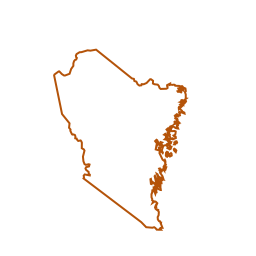 the State of Maine, rotated 310°
{"feature_id": "USA-3561", "entity_name": "Maine", "entity_type": "State", "adm_level": 1, "iso_a3": "USA", "parent_name": "United States of America", "parent_adm1": "", "projection": "natural_earth1", "projection_center": [-68.954, 45.272], "detail": "fine", "context": "isolated", "style": "outline", "palette": "amber", "viewbox_px": 256, "rotation_deg": 310, "n_neighbors": 0, "source": "natural_earth", "source_scale": "10m", "svg_char_len": 6036}
<svg xmlns="http://www.w3.org/2000/svg" viewBox="0 0 256 256"><g transform="rotate(310 128 128)"><path d="M60.8,126.3L61.8,126.1L63.0,124.7L64.6,124.7L67.1,129.2L67.7,128.8L67.8,127.2L69.0,126.1L69.0,122.7L69.7,121.4L71.1,121.1L73.5,122.8L75.3,122.0L75.0,121.2L72.7,119.4L72.4,117.9L73.9,115.2L77.1,111.9L82.7,109.2L83.2,107.9L82.8,105.6L87.1,102.1L87.8,100.7L88.0,99.7L86.1,98.2L86.4,96.1L86.9,95.5L86.2,94.2L87.8,93.1L88.5,91.7L87.8,90.0L87.2,89.6L87.3,88.8L88.8,85.6L89.9,84.9L90.3,82.7L94.0,80.2L96.3,68.5L120.8,37.6L121.8,37.3L126.7,38.5L127.2,39.0L126.8,42.7L127.1,45.2L127.7,46.0L132.0,48.4L136.7,46.5L140.5,46.2L142.4,44.6L144.5,43.7L146.2,43.7L147.2,44.3L148.8,43.8L148.9,42.8L150.0,41.5L151.6,41.1L154.9,42.2L156.2,43.6L161.5,47.1L163.1,49.5L167.5,53.2L168.5,99.2L169.4,100.9L168.1,102.7L168.9,104.6L167.7,107.2L167.8,109.4L169.3,110.8L170.4,110.3L171.6,111.9L174.4,113.3L179.5,113.6L180.1,114.2L180.3,116.8L178.1,118.5L178.5,120.1L180.3,122.9L180.1,124.4L179.0,126.4L178.9,127.9L182.7,132.1L183.9,132.6L185.0,131.9L185.3,130.9L186.0,130.4L188.6,131.5L187.5,131.9L187.7,132.4L188.7,132.5L189.4,134.1L190.7,135.3L191.1,136.1L190.7,136.7L191.0,137.4L193.1,140.1L192.4,141.8L191.7,142.0L190.6,141.1L190.2,142.0L190.7,142.5L190.4,143.3L189.9,143.5L188.0,142.3L187.8,142.9L189.1,144.5L189.6,146.6L189.8,144.6L191.2,145.2L190.9,144.9L191.4,144.6L190.9,143.8L191.5,143.6L192.3,146.3L193.0,145.8L192.5,143.2L194.0,144.9L194.7,144.9L195.2,146.6L193.4,148.6L192.1,148.6L190.8,150.7L187.8,153.2L188.1,153.7L185.9,153.2L186.0,154.3L185.3,154.2L183.8,153.2L184.3,152.1L184.2,151.4L183.6,151.0L182.7,151.4L183.1,151.7L182.7,152.0L181.5,151.4L182.3,153.2L182.0,154.0L182.5,154.4L181.1,155.7L180.3,153.1L179.5,152.9L179.7,154.7L180.2,155.2L179.6,155.4L177.9,155.2L177.9,154.2L177.0,154.6L176.8,153.6L176.3,153.7L175.1,154.9L176.0,155.1L175.9,158.1L174.8,158.5L173.6,158.4L173.4,157.0L172.9,156.9L171.1,159.7L170.7,159.6L169.9,158.1L170.1,155.7L168.8,158.6L168.3,158.0L168.9,155.5L168.1,156.6L167.4,156.2L166.8,157.6L165.8,158.0L166.7,159.8L166.2,160.6L165.4,160.3L165.0,164.0L164.3,163.4L164.3,162.3L165.0,160.3L164.1,161.0L163.8,163.5L163.0,162.7L162.8,159.7L162.5,159.7L162.1,161.1L160.8,161.0L162.3,162.0L162.6,164.1L162.3,164.5L161.3,164.1L159.8,166.8L159.3,166.0L159.6,164.8L158.9,165.1L158.6,164.5L158.1,160.5L156.8,159.7L156.4,160.6L156.6,161.3L155.8,161.4L155.1,158.7L154.5,161.1L153.4,160.0L153.3,158.8L151.6,158.5L151.4,159.3L152.9,160.3L152.4,161.1L152.8,161.7L150.1,161.1L149.1,162.8L149.2,163.4L148.3,163.7L147.8,163.1L147.6,160.3L146.1,160.0L147.0,163.1L146.5,164.3L146.1,164.4L145.8,162.5L144.5,163.6L142.9,163.4L143.9,165.3L143.5,167.8L144.5,168.2L144.7,168.8L144.3,169.4L143.8,169.1L144.9,170.2L144.0,170.6L141.0,168.2L139.3,168.2L137.7,166.8L136.9,166.6L134.8,167.4L135.4,165.1L135.8,164.8L136.7,165.4L137.0,164.8L136.6,164.0L137.4,163.3L138.8,163.5L138.2,162.0L136.6,162.8L135.6,164.2L135.0,163.8L137.4,158.2L137.3,157.4L135.4,157.2L134.6,160.6L135.3,160.8L134.0,161.6L133.6,161.5L133.9,160.8L133.4,160.7L129.4,163.0L131.0,166.7L130.7,167.3L129.0,168.2L126.0,174.8L126.1,176.9L127.2,176.8L126.8,177.7L125.9,178.7L125.0,178.8L124.3,180.5L123.3,180.2L123.1,180.8L122.6,180.8L122.2,181.7L122.6,182.5L120.3,183.4L120.4,182.4L121.7,180.1L121.1,180.2L118.7,182.9L119.0,181.3L116.8,181.6L117.5,180.2L116.8,179.8L117.5,178.4L116.9,178.0L116.5,179.0L115.7,179.4L115.9,180.4L114.4,181.3L113.2,185.5L112.0,187.4L111.1,184.8L110.9,187.4L110.2,186.0L110.7,183.8L110.3,182.9L111.5,180.3L111.4,179.6L109.6,182.6L109.3,185.3L110.0,187.2L109.4,188.5L109.3,186.8L108.4,187.2L106.9,185.8L107.6,184.8L107.6,183.6L108.4,183.9L107.3,182.4L108.7,179.4L108.2,179.4L103.9,185.2L104.8,185.9L104.4,188.2L105.1,187.0L105.7,187.1L104.9,189.8L104.0,190.5L102.4,181.2L102.5,179.9L103.7,178.3L103.2,178.1L99.9,181.5L100.2,182.2L101.6,181.6L101.9,182.1L103.2,190.3L102.9,191.6L101.6,193.0L101.3,192.6L100.7,190.0L101.2,188.1L100.5,186.9L100.7,186.1L100.0,185.9L99.2,186.5L100.1,187.5L99.8,188.8L99.1,189.3L99.0,188.8L96.5,191.9L98.4,187.6L98.3,186.8L96.9,188.8L96.2,190.8L95.1,191.3L97.6,186.8L95.3,187.6L96.5,186.2L94.4,187.8L92.4,188.5L90.0,190.6L89.1,192.3L88.1,193.0L88.3,194.5L86.5,195.0L89.0,195.7L89.4,196.7L89.2,198.8L87.4,199.3L87.6,198.8L87.0,198.9L85.8,200.2L85.7,199.3L84.6,199.7L83.8,201.1L83.8,202.7L84.0,203.6L85.3,203.3L83.8,204.6L83.5,205.6L80.9,207.5L78.8,208.0L77.1,209.7L76.6,211.7L77.1,212.6L76.2,214.0L76.6,214.3L75.7,214.9L73.7,218.6L72.3,217.1L71.6,217.1L71.3,218.7L68.6,215.4L69.0,213.1L68.8,211.8L67.3,210.8L63.7,205.7L64.4,198.7L60.8,126.3ZM153.7,162.8L153.8,163.7L155.7,165.6L156.0,166.8L153.9,168.2L152.5,168.3L151.5,167.7L151.3,168.6L152.0,170.1L151.1,171.1L148.2,169.7L147.9,169.1L148.5,168.6L147.5,168.0L147.5,167.5L148.6,165.0L149.7,164.4L149.4,163.7L151.4,162.3L152.8,162.2L153.7,162.8ZM139.5,169.3L141.3,170.1L141.8,171.6L140.2,172.2L141.3,173.4L139.4,174.1L138.3,173.5L138.4,172.6L138.0,171.4L139.1,171.4L138.9,170.1L139.5,169.3ZM132.2,175.7L136.4,177.1L136.3,177.9L135.0,179.2L134.4,179.0L133.2,178.5L133.5,177.8L133.3,177.2L131.9,176.5L132.2,175.7ZM135.1,174.3L133.4,175.5L132.2,174.9L131.0,176.1L130.8,175.6L131.3,174.6L133.6,173.0L134.8,173.1L135.1,174.3ZM149.0,173.7L148.5,174.9L147.6,175.1L146.9,174.2L145.7,174.6L145.1,173.8L146.2,173.6L146.7,172.8L147.4,173.2L148.1,172.9L149.0,173.7ZM141.9,176.8L142.1,178.5L141.8,179.5L140.2,180.1L140.4,177.8L141.2,176.7L141.9,176.8ZM132.7,164.2L133.5,165.6L132.1,167.2L131.7,166.7L131.8,165.3L132.7,164.2ZM106.9,182.3L105.9,185.8L105.4,186.3L104.9,185.0L105.1,184.3L106.6,181.8L106.9,182.3ZM145.5,164.8L146.2,167.0L145.9,167.4L144.4,166.7L145.0,164.7L145.5,164.8ZM176.0,161.3L175.4,162.0L174.4,159.1L175.5,159.1L176.0,161.3ZM131.5,170.6L131.1,170.7L131.4,168.8L130.8,168.4L132.2,167.5L132.7,168.0L131.5,170.6ZM107.1,189.3L106.2,187.6L106.8,186.6L107.6,187.3L107.4,189.2L107.1,189.3ZM192.9,142.0L193.2,140.8L194.9,142.7L194.8,143.2L194.0,143.1L192.9,142.0ZM184.6,154.5L185.6,155.0L185.5,155.4L184.0,155.4L184.6,154.5Z" fill="none" stroke="#b45309" stroke-width="2"/></g></svg>